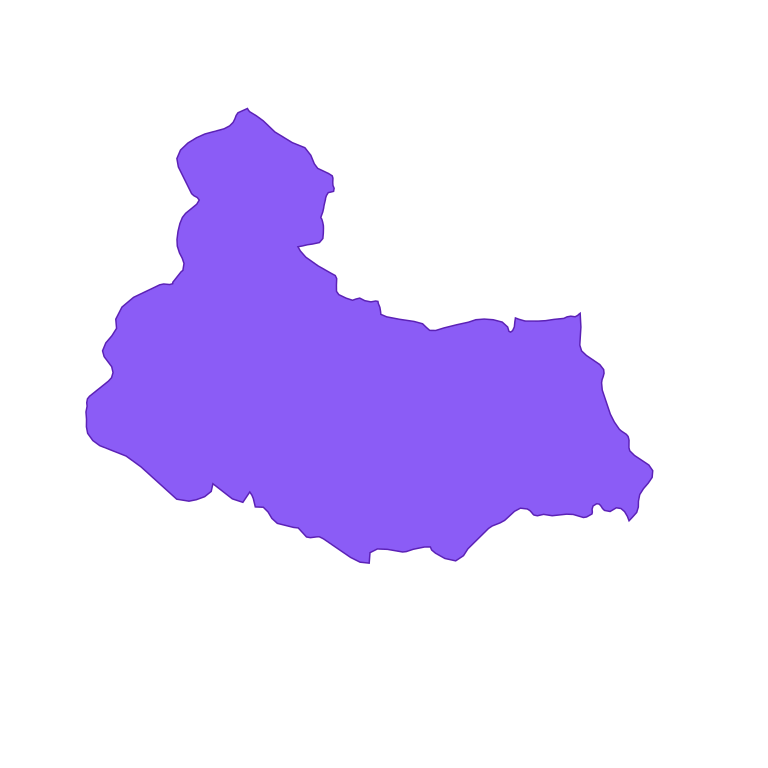 Eastern, Mercator projection, rotated 115°
{"feature_id": "RWA-3493", "entity_name": "Eastern", "entity_type": "Province", "adm_level": 1, "iso_a3": "RWA", "parent_name": "Rwanda", "parent_adm1": "", "projection": "mercator", "projection_center": [30.365, -1.745], "detail": "fine", "context": "isolated", "style": "filled", "palette": "violet", "viewbox_px": 768, "rotation_deg": 115, "n_neighbors": 0, "source": "natural_earth", "source_scale": "10m", "svg_char_len": 3363}
<svg xmlns="http://www.w3.org/2000/svg" viewBox="0 0 768 768"><g transform="rotate(115 384 384)"><path d="M381.0,618.4L368.0,615.3L366.0,614.3L359.3,616.2L355.3,620.0L353.6,622.2L351.7,624.7L346.4,629.6L340.5,632.7L332.7,635.2L324.8,636.8L318.2,637.1L313.1,635.9L300.2,629.7L295.4,629.2L293.9,632.0L293.7,635.9L292.8,638.8L274.2,662.1L267.2,667.0L258.0,667.3L248.5,663.6L239.9,657.9L233.1,652.0L220.3,636.8L215.3,633.0L210.6,631.3L206.6,631.2L203.1,631.5L199.9,631.0L192.7,624.8L192.0,624.2L192.9,623.0L193.5,621.9L194.0,620.8L194.9,612.9L196.4,605.2L196.6,604.4L196.8,603.8L201.7,589.4L204.0,569.2L203.3,555.5L207.7,546.9L213.9,540.2L216.6,535.2L216.6,530.4L216.7,522.9L217.2,518.9L219.0,517.3L223.0,515.6L225.6,514.2L227.7,511.9L230.7,511.1L232.2,512.9L234.1,515.4L237.6,515.8L240.2,515.5L241.3,515.1L242.7,514.8L245.1,514.3L247.9,513.7L250.2,513.0L253.9,512.2L257.3,511.9L258.5,511.8L259.9,511.6L260.9,510.0L263.3,507.9L266.2,505.8L268.6,504.6L273.0,502.7L278.0,500.9L283.1,502.3L287.4,508.0L290.2,512.3L293.3,516.2L296.0,520.0L298.8,516.0L302.1,508.5L304.8,493.7L306.0,478.8L306.3,474.0L308.5,471.4L314.5,468.9L320.1,466.2L322.1,462.7L322.2,454.6L321.4,447.9L318.9,445.4L316.4,442.3L316.6,436.6L315.1,430.6L312.3,426.6L311.7,424.4L313.4,423.2L316.3,420.1L319.8,417.7L322.2,416.3L322.0,410.0L318.8,397.3L314.6,383.2L313.1,374.5L314.7,369.9L316.1,365.2L313.6,359.7L307.8,353.3L299.7,343.3L292.3,333.6L286.9,327.9L282.8,320.6L279.6,312.2L277.9,303.0L280.1,296.0L283.4,293.1L283.5,291.2L281.3,290.0L277.2,290.0L272.3,291.7L268.6,292.8L268.3,289.0L267.3,282.7L265.5,278.8L261.9,271.0L258.3,264.3L253.7,257.4L248.5,248.7L245.8,246.5L243.6,243.4L242.3,239.2L239.9,237.4L238.7,237.0L237.0,236.1L249.2,229.6L266.0,223.0L270.5,218.9L272.6,212.6L275.2,196.6L278.1,191.0L281.3,189.1L284.6,188.5L287.9,188.2L291.0,187.3L297.3,183.6L315.7,166.1L321.1,159.2L325.5,151.7L326.3,149.0L327.2,143.1L328.4,140.6L329.8,139.4L331.3,138.2L338.2,135.1L340.7,133.0L342.9,126.8L345.5,109.7L349.0,103.8L355.3,101.5L362.1,102.6L369.2,104.6L376.1,105.5L382.6,103.9L388.0,101.5L393.6,100.7L399.9,102.6L404.4,104.1L401.1,107.5L398.0,112.0L396.7,116.6L398.0,121.1L404.0,125.2L405.4,130.8L404.5,133.3L403.0,135.6L401.9,138.1L402.6,140.6L406.2,143.0L409.5,142.5L412.1,141.0L413.9,140.6L418.9,144.2L420.7,146.8L422.3,157.5L424.8,163.5L432.3,175.9L434.7,184.3L438.6,189.3L439.4,192.7L439.0,194.0L438.1,195.8L437.1,198.2L436.7,201.3L438.9,207.9L444.2,211.9L456.4,216.9L460.7,220.0L466.9,225.9L470.7,228.2L497.9,238.3L506.0,239.4L514.0,244.3L516.4,255.1L515.6,265.8L514.3,270.7L512.1,273.1L514.6,278.4L521.4,287.6L526.5,293.0L528.4,296.2L532.4,311.0L536.3,320.3L542.8,325.4L552.6,321.7L555.6,330.4L555.3,341.0L549.9,373.6L549.8,378.0L550.8,380.1L554.4,385.8L555.4,389.6L550.7,400.9L552.2,405.3L555.4,421.8L553.2,428.8L549.0,435.0L546.7,441.3L549.8,448.7L543.1,454.0L540.6,456.7L538.6,460.0L550.9,461.9L552.2,472.9L546.7,496.9L554.4,495.2L561.9,498.9L568.2,505.2L572.6,511.2L576.0,523.2L561.8,569.2L558.3,587.3L560.0,615.6L558.3,624.0L554.0,631.7L548.6,635.6L541.7,638.7L535.3,642.3L529.6,643.7L526.6,645.5L522.8,646.5L519.5,645.7L497.9,635.0L493.5,633.6L488.2,634.4L483.4,638.1L477.5,649.2L472.9,653.1L464.3,653.5L455.3,651.0L446.6,649.9L438.6,654.5L425.0,654.0L411.3,647.6L388.9,629.2L386.5,626.0L384.4,620.2L382.4,617.9L381.0,618.4Z" fill="#8b5cf6" stroke="#5b21b6" stroke-width="1.5"/></g></svg>